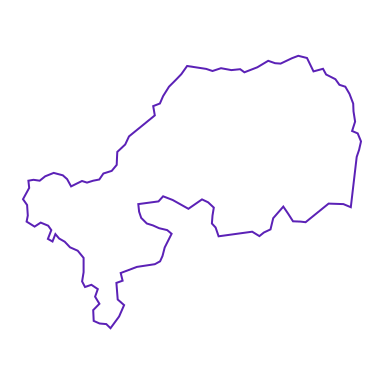 outline of Humaitá, Rio Grande do Sul, Brazil
{"feature_id": "56859067B44026938864112", "entity_name": "Humaitá", "entity_type": "district", "adm_level": 2, "iso_a3": "BRA", "parent_name": "Brazil", "parent_adm1": "Rio Grande do Sul", "projection": "robinson", "projection_center": [-54.001, -27.586], "detail": "fine", "context": "isolated", "style": "outline", "palette": "violet", "viewbox_px": 384, "rotation_deg": 0, "n_neighbors": 0, "source": "geoboundaries", "source_scale": "gbopen_adm2", "svg_char_len": 1610}
<svg xmlns="http://www.w3.org/2000/svg" viewBox="0 0 384 384"><path d="M110.5,328.2L119.1,316.5L124.1,305.1L117.7,299.5L116.4,282.9L122.6,280.7L120.7,273.0L136.9,266.9L154.8,264.2L160.1,261.3L162.5,256.0L164.7,247.5L171.6,233.8L167.2,230.1L159.1,228.2L152.9,225.4L146.8,223.5L141.2,217.9L139.1,211.7L138.3,204.1L158.5,201.4L163.1,196.3L172.7,200.0L188.4,208.8L202.0,199.4L208.1,202.3L213.8,207.6L212.5,215.6L211.9,223.5L215.6,227.5L218.6,236.3L252.2,231.7L259.4,236.1L263.9,232.5L270.5,229.4L273.2,218.2L283.3,206.6L288.2,213.8L293.0,221.3L300.5,221.6L305.6,222.2L328.6,203.6L343.4,204.1L350.8,207.2L356.7,156.9L359.1,149.8L361.0,141.4L357.7,133.4L352.1,131.0L355.1,121.6L353.5,111.3L353.2,103.6L349.5,93.9L345.3,86.7L339.4,84.8L335.4,79.2L326.1,74.5L323.0,68.8L313.5,71.4L307.0,58.0L298.3,55.8L292.0,58.2L280.6,63.6L275.1,63.2L268.2,60.8L257.3,67.3L244.4,72.3L240.2,69.2L231.4,70.1L221.0,68.2L212.5,71.0L206.2,68.9L187.1,66.0L181.3,74.2L175.9,79.8L169.0,86.7L163.1,96.1L159.9,103.5L153.2,106.1L154.8,115.4L129.0,136.4L125.2,144.5L117.3,151.9L117.0,157.7L116.7,164.9L111.7,170.9L103.4,173.5L99.3,179.5L93.2,180.7L87.0,182.6L82.0,181.0L76.7,183.6L71.1,186.4L67.1,179.1L62.8,175.3L53.7,172.9L45.2,176.3L39.7,180.7L33.5,179.8L28.4,180.7L29.2,187.9L23.0,199.2L27.1,205.0L27.8,215.6L26.6,221.6L34.6,226.6L40.7,222.6L48.2,225.7L51.3,230.1L47.9,238.9L52.5,241.5L55.4,234.1L59.1,238.5L64.7,241.7L70.0,247.3L77.7,250.7L83.6,257.9L83.6,272.2L82.1,281.4L85.0,287.0L91.4,284.8L97.8,289.1L95.1,296.7L99.4,303.8L93.2,310.1L93.7,320.9L99.6,323.5L106.3,324.1L110.5,328.2Z" fill="none" stroke="#5b21b6" stroke-width="2"/></svg>